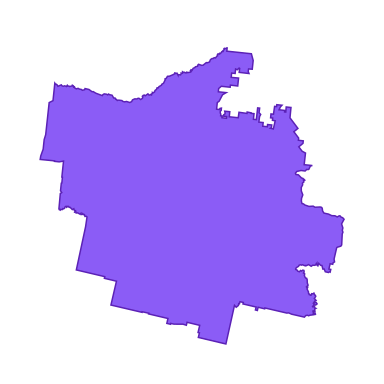 the district of Horsham, Victoria, Australia, rotated 276°
{"feature_id": "25037944B92361056365890", "entity_name": "Horsham", "entity_type": "district", "adm_level": 2, "iso_a3": "AUS", "parent_name": "Australia", "parent_adm1": "Victoria", "projection": "robinson", "projection_center": [142.219, -36.829], "detail": "fine", "context": "isolated", "style": "filled", "palette": "violet", "viewbox_px": 384, "rotation_deg": 276, "n_neighbors": 0, "source": "geoboundaries", "source_scale": "gbopen_adm2", "svg_char_len": 5992}
<svg xmlns="http://www.w3.org/2000/svg" viewBox="0 0 384 384"><g transform="rotate(276 192 192)"><path d="M102.4,85.1L98.7,114.1L97.0,113.9L95.4,126.2L71.1,123.2L67.1,154.9L67.7,154.9L66.9,161.8L66.2,161.6L63.7,181.3L58.7,180.7L58.2,184.5L59.1,184.6L58.7,187.9L59.6,196.8L58.9,200.3L61.9,200.7L60.2,213.6L52.9,212.7L52.7,214.1L48.0,213.5L44.4,241.6L83.7,246.1L82.0,248.0L84.0,250.0L85.9,250.1L85.8,250.9L87.9,251.2L87.5,254.6L86.0,254.4L84.3,267.8L81.3,267.4L81.0,269.4L84.3,269.8L83.4,276.5L84.3,276.6L81.5,299.0L81.9,300.7L80.9,303.8L79.3,316.9L81.0,318.0L81.5,319.7L81.1,321.0L81.8,322.1L82.3,324.5L82.9,324.9L82.6,325.6L83.2,327.4L82.9,327.9L84.4,327.0L83.1,325.9L86.2,324.7L86.5,325.4L85.7,326.1L85.9,326.8L88.4,326.2L89.2,327.3L89.4,326.5L90.7,325.9L90.9,325.1L90.3,324.4L90.8,323.9L91.3,324.3L91.4,325.3L92.6,325.0L92.5,326.8L93.8,328.1L95.2,327.0L95.1,325.8L94.1,325.1L94.2,324.4L96.6,325.7L97.2,326.7L98.9,324.8L101.1,326.0L102.2,325.5L102.4,324.8L104.2,323.8L103.4,323.0L103.4,321.7L102.0,321.4L101.7,320.6L102.6,319.7L102.3,319.3L103.6,318.4L104.8,318.3L107.6,316.5L109.3,317.0L109.2,316.0L109.6,315.7L111.5,317.2L113.5,316.2L116.9,315.7L118.2,315.0L118.1,314.4L118.8,313.5L120.6,312.5L122.4,312.6L123.1,311.3L124.2,311.9L125.7,311.5L125.9,310.4L124.8,309.1L125.3,308.2L123.9,307.1L124.4,305.3L125.4,304.6L125.8,303.2L126.3,303.1L127.7,303.7L129.2,305.7L130.4,306.2L131.0,307.7L130.7,308.5L131.2,309.5L130.5,311.8L130.8,312.4L130.4,312.9L132.0,315.5L130.6,318.3L131.8,319.7L131.9,321.5L132.3,322.5L133.8,323.1L133.6,323.5L134.1,323.7L132.2,324.1L131.7,324.9L134.3,325.5L132.5,327.6L132.5,328.9L129.0,330.2L129.2,331.5L126.6,332.9L126.2,336.2L127.2,337.3L126.9,337.8L129.5,338.1L129.7,336.2L135.1,336.9L134.8,339.5L136.3,339.7L137.4,341.1L140.1,340.3L151.6,341.7L152.2,342.1L153.7,345.7L155.0,346.4L166.0,345.8L167.8,346.3L169.6,345.5L172.0,345.8L175.9,344.1L180.8,346.1L182.2,344.5L182.6,342.9L183.7,341.8L183.7,340.9L182.4,339.0L183.3,336.7L183.1,333.4L184.3,330.1L184.8,325.5L186.7,323.9L189.5,323.2L190.3,322.4L190.5,321.1L189.7,315.9L190.6,314.0L189.9,309.8L190.9,305.5L191.8,304.2L192.0,302.6L194.5,301.7L197.1,301.6L200.7,302.5L204.5,300.6L207.9,300.2L210.7,301.3L212.3,300.9L213.7,302.2L214.9,301.8L215.6,302.9L216.2,302.2L215.7,301.6L217.0,301.1L217.5,299.3L220.2,296.0L220.3,293.5L221.6,292.9L223.4,294.1L224.8,298.2L224.7,302.3L226.5,303.8L226.4,305.1L226.9,305.9L230.2,307.0L230.9,308.9L230.9,300.7L242.6,300.8L244.1,297.2L248.1,293.5L252.0,297.3L254.5,297.3L254.6,292.4L256.8,292.4L262.6,287.0L266.3,290.7L276.0,281.7L286.4,281.6L286.4,276.8L281.3,276.9L281.3,275.7L282.8,275.7L282.9,270.0L285.8,271.0L287.7,272.4L287.7,267.2L285.8,267.2L285.8,265.2L277.9,264.9L277.9,262.4L274.0,262.4L274.0,264.5L271.7,264.5L271.5,267.3L263.2,266.3L263.6,263.3L264.4,264.3L267.0,264.3L267.0,260.1L264.8,260.1L264.8,255.5L268.5,255.5L268.5,251.2L274.0,251.3L276.3,252.2L277.9,250.4L282.5,250.5L282.5,248.5L270.7,248.4L270.7,245.5L276.4,245.5L276.4,242.6L276.9,242.6L277.3,238.5L275.9,238.5L276.2,230.4L270.7,230.2L270.7,221.2L275.8,221.2L275.8,216.1L274.0,216.7L273.0,216.5L272.1,215.4L270.7,215.5L270.7,218.6L268.9,218.6L269.0,214.0L270.8,214.0L270.8,212.5L272.5,212.5L273.6,211.8L275.4,211.7L276.1,212.5L278.5,212.5L278.1,211.1L276.9,210.6L276.9,207.8L283.6,207.8L285.1,209.5L291.9,212.2L294.4,215.6L294.4,207.7L297.7,207.7L300.2,210.1L300.2,219.0L302.3,219.0L302.2,226.4L310.2,226.4L310.1,219.0L314.4,219.0L314.4,222.5L318.9,222.5L318.3,224.2L320.2,225.9L319.9,226.5L315.9,226.4L315.8,236.3L317.8,235.3L320.3,235.4L320.4,239.1L329.2,239.1L335.7,236.6L335.7,211.9L339.6,211.9L338.6,211.5L338.1,209.8L338.3,209.2L337.9,208.8L337.0,209.1L335.6,207.9L335.0,208.2L334.7,207.0L333.7,206.5L332.6,205.6L332.8,204.9L332.0,204.7L332.1,203.4L331.2,202.9L330.1,203.2L329.7,202.5L327.8,201.4L327.9,200.0L326.9,199.1L326.9,198.1L326.2,197.2L325.5,196.5L323.1,195.8L322.1,193.6L322.2,192.7L319.2,189.7L319.0,188.2L319.7,185.2L319.0,184.6L317.6,184.4L316.9,182.3L316.2,182.0L315.1,180.2L313.1,179.4L313.5,178.3L312.4,177.7L311.6,178.6L311.0,177.9L310.4,175.6L310.6,174.3L310.0,174.3L309.8,172.8L310.3,172.2L310.0,171.0L310.3,170.6L309.8,170.4L310.2,170.0L309.2,170.0L309.1,169.0L308.8,169.3L308.6,168.8L307.3,168.4L307.3,165.9L306.7,165.9L308.6,164.7L308.2,163.7L308.5,163.5L308.6,162.5L308.0,162.6L306.7,160.9L304.8,157.4L304.5,155.5L302.2,154.4L301.6,153.3L300.7,153.6L297.2,152.3L295.9,150.6L295.0,150.5L293.4,148.2L292.0,147.5L292.0,146.4L290.4,146.0L289.1,144.6L287.6,144.3L286.7,143.1L286.9,142.2L286.0,142.4L285.6,141.8L284.3,141.6L284.7,140.6L284.0,139.9L283.9,139.2L285.0,137.9L282.9,135.5L283.4,134.5L282.9,134.0L283.1,133.5L282.0,132.6L281.1,133.1L280.0,132.9L278.6,131.3L279.6,129.6L279.6,128.6L278.8,127.5L278.6,125.2L277.4,123.2L275.6,122.5L274.5,120.8L275.2,117.4L274.6,115.5L274.9,113.7L275.6,112.8L275.7,110.5L275.6,108.8L275.2,108.1L276.3,107.0L276.2,106.5L277.4,105.7L277.3,104.3L279.9,102.4L280.2,99.5L280.7,98.9L279.8,97.9L280.3,96.8L280.4,94.4L279.5,93.2L278.5,92.7L280.2,86.0L281.5,83.3L281.3,82.1L283.2,78.8L283.7,74.8L282.5,74.5L281.7,72.3L282.4,71.4L282.6,69.2L283.2,67.9L282.5,66.2L283.1,64.7L284.3,64.1L283.9,63.3L285.2,62.9L285.7,61.8L284.9,61.6L284.1,59.2L284.5,58.4L284.3,57.4L285.1,56.8L283.8,56.1L284.3,54.3L283.7,52.9L284.0,51.6L284.9,50.8L283.1,47.6L284.4,46.7L285.0,45.8L284.8,45.2L285.9,44.2L268.3,44.2L266.0,40.6L233.7,40.5L228.7,39.5L219.0,39.5L212.0,37.8L208.5,37.6L208.6,52.0L208.1,52.0L208.1,56.8L209.3,61.0L193.2,61.0L193.1,61.6L187.3,61.6L187.1,61.1L179.5,61.1L177.8,62.5L176.7,61.2L161.4,61.4L160.6,61.8L160.3,62.7L161.0,62.6L160.9,64.7L162.0,65.3L161.8,66.1L162.6,67.0L163.7,67.2L164.6,68.2L163.7,68.9L164.7,69.8L164.4,70.4L164.7,70.7L163.9,71.6L164.0,72.4L162.0,74.8L163.0,76.2L161.3,76.9L161.3,78.0L159.7,77.5L159.9,78.8L159.0,79.0L159.3,80.4L158.3,82.8L159.3,83.8L158.0,84.1L158.3,85.5L158.9,85.6L158.2,86.4L158.5,86.8L158.2,87.4L156.5,88.1L156.8,89.3L156.2,90.2L146.4,89.8L102.4,85.1Z" fill="#8b5cf6" stroke="#5b21b6" stroke-width="1.5"/></g></svg>